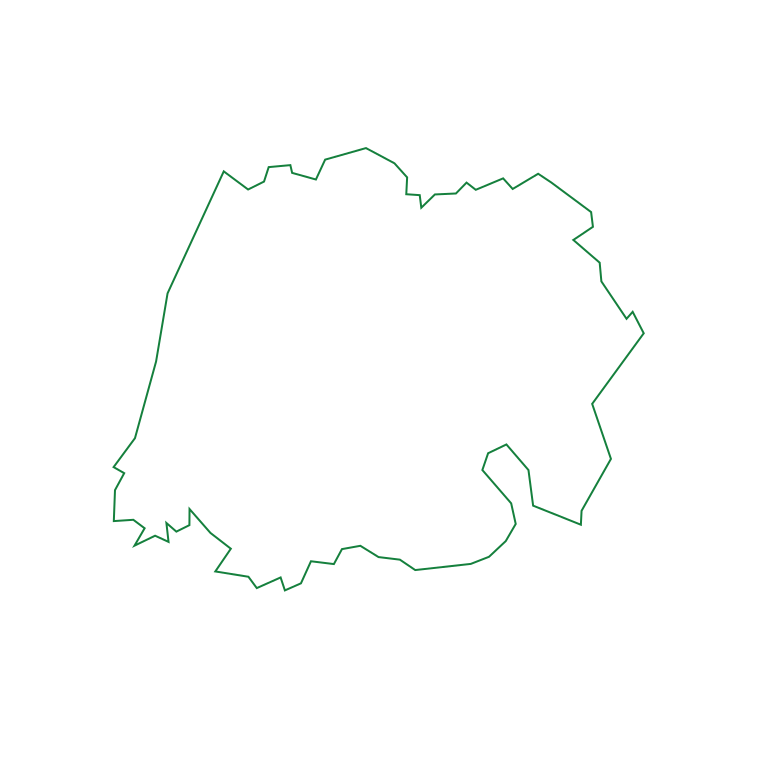 Muhlenberg, Kentucky, United States of America (Mercator projection), rotated 117°
{"feature_id": "52423323B14041268945956", "entity_name": "Muhlenberg", "entity_type": "district", "adm_level": 2, "iso_a3": "USA", "parent_name": "United States of America", "parent_adm1": "Kentucky", "projection": "mercator", "projection_center": [-87.122, 37.228], "detail": "fine", "context": "isolated", "style": "outline", "palette": "green", "viewbox_px": 768, "rotation_deg": 117, "n_neighbors": 0, "source": "geoboundaries", "source_scale": "gbopen_adm2", "svg_char_len": 1078}
<svg xmlns="http://www.w3.org/2000/svg" viewBox="0 0 768 768"><g transform="rotate(117 384 384)"><path d="M467.4,597.3L545.3,581.3L580.8,587.2L581.4,575.0L600.7,575.5L628.8,562.5L618.8,545.7L621.2,531.8L641.3,532.9L623.1,519.1L622.5,504.3L606.6,514.8L609.8,502.0L598.1,493.3L583.7,500.5L595.5,471.0L600.3,445.7L627.6,449.2L617.3,417.3L623.6,404.7L603.3,388.3L612.9,378.6L599.3,367.5L575.1,368.6L567.2,346.9L550.2,346.5L538.9,331.6L540.7,310.3L533.3,290.1L535.6,271.7L504.9,225.0L490.3,212.0L468.7,204.2L448.9,203.1L432.6,216.5L416.0,257.3L398.4,259.8L382.3,247.5L395.1,216.2L424.7,195.9L420.0,144.7L407.3,150.4L347.7,147.8L307.2,189.5L220.9,175.6L206.8,195.2L215.8,197.5L193.9,236.9L178.0,246.9L169.7,280.7L149.1,269.2L136.8,277.5L128.5,326.5L126.7,342.1L151.8,357.9L146.7,371.2L169.3,390.4L167.1,401.9L181.6,406.4L192.0,424.7L210.0,430.8L199.5,437.9L204.8,450.3L189.4,457.2L182.6,474.9L182.0,507.2L210.8,538.3L232.7,537.5L237.6,561.7L231.5,566.8L243.1,585.2L258.1,582.8L272.4,593.4L267.3,623.3L401.5,618.0L467.4,597.3Z" fill="none" stroke="#15803d" stroke-width="2"/></g></svg>